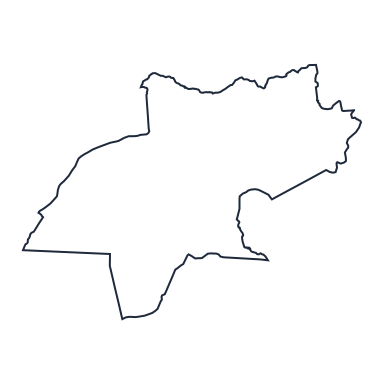 the district of Banalia, Orientale, Democratic Republic of the Congo
{"feature_id": "63176286B83745324886444", "entity_name": "Banalia", "entity_type": "district", "adm_level": 2, "iso_a3": "COD", "parent_name": "Democratic Republic of the Congo", "parent_adm1": "Orientale", "projection": "orthographic", "projection_center": [25.603, 1.49], "detail": "fine", "context": "isolated", "style": "outline", "palette": "slate", "viewbox_px": 384, "rotation_deg": 0, "n_neighbors": 0, "source": "geoboundaries", "source_scale": "gbopen_adm2", "svg_char_len": 4801}
<svg xmlns="http://www.w3.org/2000/svg" viewBox="0 0 384 384"><path d="M354.9,110.1L351.9,110.5L343.2,111.0L342.0,110.4L341.7,108.6L340.9,105.3L340.6,103.2L340.1,101.4L339.0,101.0L338.5,101.3L336.5,102.8L334.5,104.4L333.2,105.5L331.7,108.4L327.8,109.2L323.5,108.7L321.7,107.9L319.6,105.1L319.7,104.1L319.4,103.7L318.8,103.4L318.4,102.4L318.0,102.2L318.1,100.8L317.3,100.8L317.0,100.3L317.2,98.2L315.9,87.3L317.6,86.4L317.9,85.1L317.7,83.1L315.4,81.5L315.4,78.6L316.2,74.8L317.4,73.4L317.4,71.6L316.0,64.9L313.3,65.0L311.9,65.0L309.3,65.1L308.0,65.9L307.2,67.3L305.7,67.9L304.8,68.0L303.1,68.1L301.6,68.2L300.9,68.7L299.6,70.2L298.5,70.9L298.2,71.9L298.0,72.4L297.5,72.4L295.3,71.0L294.9,70.9L293.9,70.0L292.2,70.2L291.2,70.8L289.9,72.0L288.5,72.4L286.4,74.1L286.2,74.7L286.5,75.5L286.2,76.0L285.2,76.6L284.3,76.7L282.6,77.3L280.0,77.1L277.7,76.4L275.6,76.5L273.8,77.5L272.3,77.7L271.8,77.6L268.5,78.6L267.7,80.4L266.9,83.1L266.5,83.8L265.8,84.4L265.7,85.4L265.0,86.3L265.2,87.1L264.9,87.6L263.8,88.4L263.1,88.2L260.0,86.5L258.5,86.6L257.7,86.1L256.7,84.1L254.5,80.7L252.5,81.3L250.1,81.0L248.1,79.7L246.7,79.3L245.4,79.3L243.8,79.4L242.4,77.9L241.9,77.4L239.7,78.0L237.6,79.4L235.4,80.3L233.9,82.7L232.2,84.9L230.5,85.1L227.0,87.6L225.3,88.9L223.3,90.0L220.5,91.9L217.9,92.7L215.3,92.7L212.8,93.5L212.1,92.5L211.6,92.5L211.2,92.5L210.8,92.2L209.9,92.4L209.5,92.1L207.4,92.4L206.7,92.1L204.0,92.4L203.2,92.8L201.2,92.6L200.1,92.0L199.0,90.1L198.2,89.5L196.9,89.3L195.6,88.8L194.1,88.9L193.1,88.5L192.2,88.6L191.8,88.8L191.0,88.7L190.2,89.0L188.0,88.9L186.5,87.9L186.2,87.9L184.9,87.8L184.6,87.5L185.0,86.7L184.6,86.4L183.1,86.2L182.4,85.7L180.5,85.3L180.0,84.6L178.3,83.4L177.2,83.2L175.9,82.4L175.0,81.3L174.9,80.5L174.0,79.3L173.8,78.6L173.2,78.0L173.0,77.9L172.2,78.0L170.8,77.6L169.9,76.7L168.9,76.5L167.4,76.7L166.1,77.3L165.7,77.2L162.8,75.8L160.8,75.8L155.3,73.1L152.5,73.3L151.9,73.9L151.1,74.2L150.3,75.2L149.5,75.5L149.2,75.9L149.0,77.1L148.4,78.0L147.2,79.3L146.3,79.4L145.3,80.0L144.6,80.6L143.4,81.1L142.9,81.8L142.6,83.3L142.4,83.7L142.4,84.2L141.8,84.8L140.9,87.2L142.1,86.9L144.2,87.1L145.2,87.7L146.4,87.8L147.2,88.5L147.5,90.0L146.8,92.5L147.1,93.5L146.4,94.9L147.0,104.0L147.5,110.9L148.0,117.6L148.3,122.7L148.8,129.5L149.3,131.1L148.4,133.0L146.6,134.3L140.3,134.9L138.1,135.7L135.5,136.1L132.7,136.2L128.8,136.2L124.3,137.8L118.4,141.0L110.1,142.8L103.1,145.4L98.3,147.2L92.7,149.5L90.4,150.9L87.0,152.9L85.1,153.8L81.1,156.4L78.6,158.5L77.1,161.8L75.2,166.3L72.1,170.4L68.7,175.9L64.0,181.1L60.5,184.2L59.2,186.0L57.9,189.9L57.3,194.4L56.9,196.3L53.2,200.5L50.3,203.6L46.0,206.9L43.7,208.6L41.8,209.8L40.1,210.7L38.8,212.0L38.5,212.9L40.2,213.8L40.7,214.3L41.5,215.1L41.8,216.0L43.1,217.2L42.4,218.2L39.4,222.7L35.2,229.5L33.8,231.7L31.5,232.8L30.3,234.2L30.0,235.8L29.0,238.3L28.0,239.2L27.8,240.2L27.8,242.1L27.4,242.9L26.9,243.5L25.7,244.1L25.5,244.4L24.9,245.5L23.0,250.2L110.0,254.0L109.8,265.8L115.1,288.6L118.4,302.3L122.3,319.1L125.6,317.5L127.1,317.1L129.8,316.8L135.4,317.1L139.9,316.5L144.9,315.6L152.4,312.9L155.6,310.6L157.6,308.8L160.9,300.9L161.5,300.4L161.9,298.9L161.5,297.0L162.0,295.5L164.8,294.2L164.8,293.8L165.4,292.9L166.6,290.1L172.6,276.1L175.3,269.6L176.8,268.7L181.0,265.4L183.3,264.0L184.8,260.9L187.5,255.3L188.2,254.8L188.6,254.4L191.6,256.0L193.7,257.5L195.3,258.5L196.7,258.3L201.9,258.1L207.8,253.7L210.4,253.4L216.4,253.6L218.6,254.4L220.5,256.6L223.7,257.3L260.2,259.4L267.9,260.3L265.9,257.1L265.1,256.1L264.0,255.1L263.3,254.5L262.2,254.4L260.9,253.4L260.3,253.4L259.1,254.2L257.6,254.3L257.0,254.0L256.0,252.9L252.1,251.8L251.2,251.3L250.4,250.2L250.2,248.8L249.8,248.3L249.6,248.6L249.3,248.9L249.1,248.8L248.8,247.7L248.2,247.6L248.1,248.3L247.9,248.4L247.5,247.9L247.1,248.0L246.1,247.3L245.4,247.6L244.9,247.5L244.7,247.2L244.3,247.0L242.5,241.1L242.0,237.0L242.1,236.5L243.0,235.8L243.2,235.0L242.4,232.8L242.2,232.6L241.4,231.6L240.2,229.7L239.8,227.8L239.5,227.4L238.7,227.5L238.1,225.9L238.3,224.5L239.3,222.5L239.3,222.1L238.9,221.3L238.0,220.8L237.3,219.8L236.8,219.5L239.5,208.9L239.5,199.3L239.7,196.3L242.8,193.6L246.1,192.2L248.3,190.5L250.9,189.6L255.1,189.2L258.1,189.7L259.8,190.4L268.4,194.7L271.2,198.5L271.9,199.4L284.2,192.7L296.3,186.2L302.8,182.7L317.5,174.7L326.2,170.0L329.6,171.9L332.2,172.6L333.7,172.6L335.6,172.1L337.0,167.7L336.6,164.3L336.6,162.9L337.3,162.2L338.9,162.8L339.7,163.3L341.1,163.5L344.1,162.5L345.9,161.1L345.9,158.1L344.9,152.5L347.0,149.0L348.2,147.7L348.2,145.6L346.8,143.0L347.9,139.4L349.8,137.5L355.9,132.2L359.1,127.5L360.5,123.3L361.0,122.7L360.7,121.5L359.9,120.5L359.0,120.4L357.8,119.4L356.6,119.2L355.1,117.7L354.6,117.6L353.8,118.0L352.8,118.1L352.0,117.8L351.4,115.3L351.1,114.5L351.5,113.6L353.1,111.4L353.7,110.5L354.9,110.1Z" fill="none" stroke="#1e293b" stroke-width="2"/></svg>